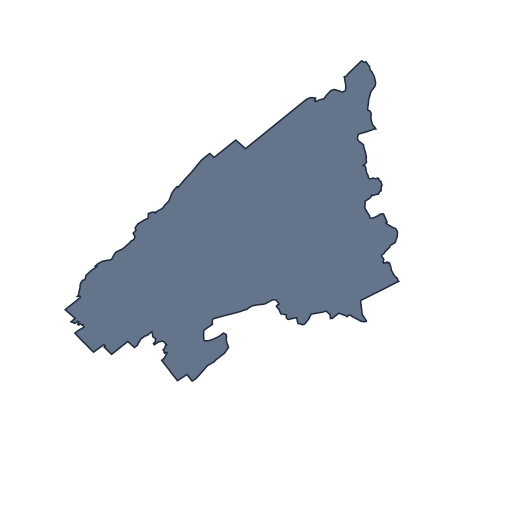 Kabiles pag., Kuldigas, Latvia (Equal Earth projection), rotated 329°
{"feature_id": "27541924B2434505236079", "entity_name": "Kabiles pag.", "entity_type": "district", "adm_level": 2, "iso_a3": "LVA", "parent_name": "Latvia", "parent_adm1": "Kuldigas", "projection": "equal_earth", "projection_center": [22.376, 56.949], "detail": "fine", "context": "isolated", "style": "filled", "palette": "slate", "viewbox_px": 512, "rotation_deg": 329, "n_neighbors": 0, "source": "geoboundaries", "source_scale": "gbopen_adm2", "svg_char_len": 5856}
<svg xmlns="http://www.w3.org/2000/svg" viewBox="0 0 512 512"><g transform="rotate(329 256 256)"><path d="M298.4,146.2L270.8,149.9L269.2,144.3L267.7,144.4L259.6,145.5L258.0,145.9L242.4,151.5L237.7,152.7L233.2,154.1L224.6,157.0L224.4,156.1L224.4,155.9L224.0,155.8L219.1,157.4L215.8,159.1L215.1,159.6L211.8,162.4L209.8,163.8L208.8,164.2L205.1,165.1L203.1,165.7L202.1,166.5L201.6,166.8L197.8,167.0L195.7,166.6L194.1,166.9L192.2,167.4L191.9,167.2L193.0,166.8L191.3,166.1L189.7,165.0L185.6,164.1L184.3,166.1L183.2,168.0L177.9,167.6L171.5,167.6L168.7,168.8L166.8,169.8L166.4,172.2L162.4,173.2L162.3,176.9L160.6,178.5L159.4,179.0L156.3,178.9L155.8,179.0L155.5,179.1L154.8,179.6L154.6,179.6L145.5,181.2L138.4,180.5L137.8,180.6L135.8,181.3L130.5,184.5L130.2,184.5L129.0,184.2L125.8,182.9L121.5,181.4L116.0,181.2L113.3,181.9L113.8,182.1L114.4,182.8L111.4,183.5L109.1,183.3L102.5,184.5L100.2,185.1L97.2,188.2L94.5,187.4L93.0,188.7L92.2,188.5L90.2,190.4L89.6,191.6L83.4,198.3L81.2,198.7L84.3,199.5L84.2,201.1L64.8,203.7L68.8,216.3L63.5,217.1L66.0,220.5L69.7,220.2L70.1,221.3L67.9,222.8L68.6,224.0L69.5,223.6L70.4,223.5L71.3,225.7L72.2,225.6L72.0,228.3L71.6,228.4L69.3,228.4L66.6,228.2L61.0,228.8L62.2,234.1L62.4,235.4L65.3,247.0L66.2,250.9L66.2,251.2L67.2,254.8L79.9,253.6L80.5,255.6L78.9,255.8L81.6,266.0L95.2,264.1L96.2,264.0L102.0,263.2L103.5,267.8L104.7,271.9L108.2,271.5L111.8,269.3L112.3,269.4L112.9,268.7L114.2,267.9L119.8,267.4L121.5,268.0L122.3,268.0L127.3,267.2L127.8,267.4L126.0,272.1L127.3,275.3L125.5,277.7L123.1,278.1L123.0,279.7L128.3,279.5L132.2,280.9L132.6,281.8L133.1,282.8L133.3,284.0L133.2,284.0L133.6,286.2L132.4,285.9L131.1,287.5L127.9,288.7L128.2,291.2L127.6,291.3L127.6,292.2L130.0,293.1L124.9,296.3L121.4,296.8L121.9,301.3L123.0,309.6L123.1,312.4L124.3,320.7L124.4,322.5L135.8,322.0L136.7,330.2L137.0,330.4L141.1,330.2L145.5,329.0L157.9,325.0L166.0,325.2L167.1,324.5L170.8,324.1L179.2,323.0L185.2,320.3L185.3,320.3L185.9,318.3L186.0,316.7L187.2,312.9L189.0,310.2L189.8,308.7L189.9,308.0L189.7,307.2L188.4,305.3L182.7,305.9L175.8,305.2L171.2,304.0L169.3,302.7L168.5,302.4L168.1,300.9L170.4,296.8L172.9,292.8L183.6,292.1L184.0,290.9L184.9,289.6L185.9,288.1L187.4,287.9L197.9,290.8L199.2,291.1L200.1,291.4L204.1,292.7L210.9,294.7L213.8,295.4L214.0,295.6L217.3,296.1L220.1,296.9L220.8,297.1L221.4,297.0L222.9,296.7L227.0,296.8L230.2,297.9L234.1,299.5L236.3,300.7L239.6,301.8L240.2,301.8L247.9,302.2L250.6,304.1L251.0,309.0L247.9,309.2L247.5,310.3L248.2,313.6L247.5,318.3L251.7,322.1L250.2,324.5L250.4,325.7L250.9,327.0L255.9,328.7L259.1,329.8L257.6,333.9L257.3,335.7L258.9,336.9L260.4,338.9L262.4,339.4L264.6,338.8L269.3,336.9L269.2,336.8L272.7,334.7L273.6,334.4L280.8,337.1L283.4,338.2L283.6,338.2L287.9,339.5L288.3,341.3L289.3,344.6L287.5,347.9L288.1,348.0L289.2,348.8L297.5,347.7L299.3,349.8L302.9,354.5L302.8,354.9L303.7,354.7L305.3,354.8L306.6,355.2L306.9,356.8L312.5,366.2L314.8,368.0L316.9,368.9L317.2,368.3L317.0,361.6L317.1,360.5L319.1,356.1L321.4,350.9L322.2,348.8L323.0,348.1L340.4,349.4L349.0,350.1L363.0,351.0L365.3,351.3L365.0,350.1L365.7,347.8L365.0,346.1L364.5,344.4L364.6,339.2L365.0,337.2L365.9,334.9L366.3,333.5L366.5,331.4L366.8,331.2L366.4,330.6L366.6,330.5L366.2,330.1L365.8,329.8L365.6,329.8L365.6,329.7L365.3,329.5L365.5,329.2L365.1,328.9L365.4,328.8L365.2,328.6L364.8,328.6L364.7,328.8L364.0,328.8L363.7,328.4L363.3,328.4L363.0,328.2L362.6,328.2L362.5,328.3L362.3,328.2L362.0,328.1L361.7,327.9L361.8,327.7L362.1,327.7L361.9,327.5L361.8,327.2L362.0,327.1L362.0,326.9L361.9,326.6L361.8,326.4L361.7,326.4L361.6,326.1L361.4,326.1L362.2,326.2L363.5,325.3L364.0,323.7L363.5,321.6L364.0,320.3L364.4,319.9L365.8,319.8L367.0,319.8L367.7,319.5L368.5,318.9L374.9,317.4L376.8,316.1L381.7,316.2L381.8,316.3L382.1,316.2L383.6,315.1L384.8,313.9L386.3,312.8L388.6,310.1L389.4,308.7L389.9,307.5L389.9,305.5L389.6,304.0L389.4,303.7L388.2,302.5L384.9,296.3L384.3,294.6L385.8,294.5L386.8,287.2L386.7,287.2L387.0,286.2L386.6,285.1L384.8,284.4L383.6,284.0L382.7,284.3L379.7,284.2L376.4,283.8L373.8,282.8L373.3,281.9L373.2,281.7L374.1,279.9L374.0,279.2L373.9,276.1L374.0,271.1L374.1,270.8L377.9,265.2L382.8,265.1L385.4,264.4L386.7,263.5L387.7,264.5L390.0,264.9L392.5,266.0L394.2,265.3L394.6,264.7L397.0,264.5L397.7,263.0L398.4,262.0L399.2,261.5L399.3,261.0L400.5,260.2L400.7,259.6L401.1,257.4L401.4,256.7L401.2,256.7L400.7,254.0L400.6,253.7L400.9,253.3L401.0,253.0L401.0,252.6L400.8,252.0L399.9,251.7L398.6,251.7L397.7,250.7L396.8,249.8L396.0,249.3L394.6,249.2L393.7,248.9L393.4,248.7L393.0,248.0L392.8,246.6L393.6,244.4L393.6,242.0L394.6,238.8L395.5,237.2L395.8,235.6L395.7,235.2L394.6,233.5L397.5,233.3L399.3,232.3L399.7,230.7L401.0,228.5L401.4,228.5L403.1,223.8L403.7,221.5L404.6,217.9L405.4,216.1L405.0,214.8L404.1,212.4L403.3,210.8L403.2,208.0L403.5,207.5L404.5,206.2L406.4,204.4L409.6,205.0L413.0,206.1L418.1,207.2L422.6,208.0L424.1,208.9L424.2,206.9L423.6,204.2L423.8,202.3L425.1,197.9L426.0,196.2L428.2,193.0L428.3,192.3L428.2,189.9L427.1,189.0L427.0,188.3L428.8,185.6L431.1,182.8L432.7,180.5L433.8,179.3L436.9,176.5L437.7,175.6L438.8,174.6L440.3,173.8L445.0,172.0L446.7,170.6L447.7,169.1L448.2,168.1L449.7,163.4L450.2,157.7L449.6,155.3L449.8,154.9L450.1,154.3L451.0,151.5L450.5,149.8L450.6,148.3L450.3,147.4L450.4,147.1L450.2,145.9L448.9,145.9L448.2,145.4L447.4,143.3L446.8,143.1L428.5,147.3L426.1,148.4L424.0,147.7L420.4,157.0L420.1,157.1L418.1,160.0L417.3,160.2L415.0,160.0L413.8,159.7L413.4,158.6L408.9,153.6L408.7,153.5L405.3,152.7L399.1,154.5L396.9,155.5L395.4,156.1L389.5,154.6L386.8,154.5L386.4,154.8L386.6,154.6L386.6,154.4L386.2,153.9L386.2,153.6L386.6,153.4L386.4,153.2L386.5,152.9L387.8,152.1L387.8,151.9L387.7,151.8L387.6,151.7L388.3,151.4L388.2,151.3L387.7,151.3L388.0,150.9L387.2,150.4L386.1,149.5L384.4,148.4L382.9,148.0L379.7,147.7L302.3,158.6L298.4,146.2Z" fill="#64748b" stroke="#1e293b" stroke-width="1.5"/></g></svg>